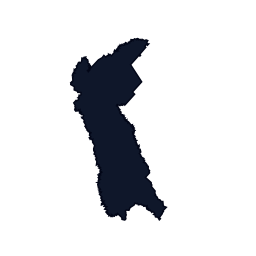 outline of Murray River, New South Wales, Australia, rotated 34°
{"feature_id": "25037944B78114295205688", "entity_name": "Murray River", "entity_type": "district", "adm_level": 2, "iso_a3": "AUS", "parent_name": "Australia", "parent_adm1": "New South Wales", "projection": "mercator", "projection_center": [144.402, -35.23], "detail": "fine", "context": "isolated", "style": "filled", "palette": "ink", "viewbox_px": 256, "rotation_deg": 34, "n_neighbors": 0, "source": "geoboundaries", "source_scale": "gbopen_adm2", "svg_char_len": 5879}
<svg xmlns="http://www.w3.org/2000/svg" viewBox="0 0 256 256"><g transform="rotate(34 128 128)"><path d="M53.1,93.0L52.0,94.1L52.3,95.1L50.7,95.8L52.1,98.2L52.3,99.9L52.0,101.0L50.7,100.8L50.4,101.8L50.9,104.2L50.5,105.5L51.3,105.7L52.0,107.1L51.5,108.3L51.8,109.6L50.7,109.5L51.2,110.4L51.8,110.1L51.4,111.1L51.9,110.6L51.9,111.8L52.9,112.1L52.0,112.5L52.5,113.0L51.9,113.6L52.5,114.2L52.2,115.0L52.7,115.9L53.7,115.7L53.8,117.0L55.9,119.6L55.3,122.2L56.0,122.1L55.7,123.1L56.3,124.0L60.4,123.7L62.1,126.5L65.6,125.8L66.5,126.5L69.1,124.9L70.4,126.5L70.2,127.6L69.1,128.1L69.9,129.9L69.6,130.9L70.6,130.7L71.1,132.3L70.2,134.3L69.5,134.2L69.0,137.5L71.7,138.8L72.1,140.0L73.0,140.4L73.4,142.1L74.3,141.7L74.2,142.9L75.4,143.2L76.2,141.9L77.0,141.9L76.9,140.6L78.1,140.9L78.2,140.3L78.9,141.8L79.6,141.2L79.7,142.3L80.3,141.8L80.1,142.6L82.4,142.7L82.9,142.0L84.3,142.5L84.6,144.0L83.9,144.7L84.4,144.7L84.2,145.4L86.2,145.4L88.4,146.8L88.0,147.6L91.2,149.0L91.5,150.7L92.4,150.5L92.8,151.3L95.2,152.0L95.1,152.6L97.2,152.5L97.1,153.2L99.9,152.6L100.1,153.5L99.3,153.9L100.2,155.6L101.9,155.9L102.1,156.8L101.4,157.7L102.9,158.5L103.1,157.6L104.8,157.8L105.1,157.2L105.7,158.5L107.0,159.2L106.9,159.7L110.1,161.0L111.1,164.3L112.1,165.7L113.0,166.3L113.8,165.9L114.5,168.6L116.3,168.5L117.0,169.9L118.4,170.0L119.0,170.7L118.6,171.8L121.0,173.2L122.5,176.3L123.2,175.0L124.6,174.7L125.0,175.3L124.6,176.3L127.0,176.2L126.3,177.5L128.6,177.5L128.8,179.2L129.5,179.2L129.1,179.5L129.7,180.2L130.8,179.9L130.0,181.6L130.8,181.6L130.8,181.9L130.2,181.8L129.8,182.5L131.3,182.4L130.4,183.6L131.1,183.6L131.5,184.0L130.5,184.1L131.3,184.5L131.1,185.5L131.8,185.3L131.7,186.1L132.4,186.5L133.1,186.1L133.4,186.1L132.7,187.0L133.3,187.2L132.8,188.1L133.9,189.3L133.1,190.3L134.4,190.0L133.8,190.9L134.3,190.5L134.5,191.7L136.1,193.3L137.1,193.7L137.6,193.1L137.4,193.7L138.0,193.8L137.6,194.2L138.5,194.2L138.6,194.9L138.8,194.6L139.2,194.6L138.7,195.4L139.2,195.3L139.6,196.4L140.2,195.4L140.1,196.5L141.3,196.1L140.9,196.9L141.7,196.7L141.3,198.8L144.2,199.6L144.5,200.6L144.9,200.0L145.5,201.6L146.7,201.9L146.4,203.0L148.2,203.3L148.9,202.3L149.0,203.7L148.3,205.3L149.0,206.6L149.8,205.4L149.1,204.9L149.7,205.1L149.6,204.2L150.2,203.8L151.0,204.6L151.7,204.3L151.9,206.4L154.4,205.1L154.1,208.3L156.7,207.4L157.2,207.8L156.7,210.0L157.8,210.3L157.6,209.8L158.4,209.4L159.3,210.8L160.7,210.2L161.2,211.5L162.8,209.9L162.6,210.6L163.5,210.9L163.9,210.0L163.3,209.4L164.1,209.6L163.6,208.9L164.4,209.4L166.0,208.8L166.0,207.1L166.7,206.9L166.4,206.2L167.1,206.2L167.1,205.5L167.5,206.0L167.7,204.9L172.9,205.6L174.1,207.1L176.6,206.2L177.1,205.3L176.7,204.0L175.6,203.3L175.1,201.0L173.9,200.5L173.9,199.7L172.3,198.3L172.4,197.0L174.8,195.7L174.2,192.9L176.1,188.4L175.8,186.3L177.4,186.1L178.1,185.2L179.5,185.9L181.8,183.7L182.7,184.1L184.9,183.0L185.0,183.9L186.7,182.5L187.6,183.4L187.7,182.5L188.4,183.8L188.6,183.3L190.1,183.5L189.7,184.6L191.8,184.5L192.4,183.8L194.9,184.6L195.1,183.6L196.7,183.4L197.8,183.9L197.6,185.3L198.7,184.8L200.5,186.3L202.6,185.3L205.3,186.6L205.6,185.1L204.1,184.8L204.3,180.0L203.9,179.9L204.0,177.4L203.2,177.3L204.1,172.3L200.9,173.0L198.0,169.5L196.8,170.4L194.6,169.7L192.9,170.4L190.5,168.9L188.2,168.8L188.4,168.1L186.6,167.0L185.7,165.1L180.2,163.5L179.6,161.9L178.9,161.9L177.7,160.3L170.1,159.2L170.9,153.1L169.9,152.5L169.8,151.4L167.7,150.8L166.2,148.5L164.4,148.6L164.4,148.0L162.8,147.4L160.5,147.7L160.8,147.2L160.1,147.4L159.8,145.6L158.7,145.9L158.3,144.4L154.7,144.7L154.7,144.0L154.0,144.1L153.6,143.3L151.7,142.8L152.0,140.7L150.8,140.5L150.9,139.7L149.9,138.9L148.4,139.5L147.9,138.8L147.3,139.1L147.1,138.3L147.9,138.4L147.4,136.8L146.7,137.3L146.6,136.8L146.3,137.5L145.2,136.8L144.3,137.2L143.9,135.9L142.5,135.7L142.8,135.3L141.8,134.4L142.1,133.5L140.6,133.9L140.0,132.7L139.3,133.1L139.4,132.5L139.1,133.1L138.6,132.0L138.0,132.5L137.8,131.6L138.2,131.7L137.3,131.3L137.8,130.9L136.0,130.6L135.9,129.8L135.1,130.2L134.7,129.6L135.3,129.2L134.1,128.8L135.4,127.8L134.6,126.8L135.0,126.2L133.3,126.0L133.4,125.4L132.5,125.7L132.7,124.6L132.1,124.8L131.7,124.0L131.3,124.5L131.8,124.9L131.0,125.0L131.1,123.7L130.4,124.2L130.0,123.4L129.6,124.0L129.5,123.2L128.9,123.9L125.4,122.8L125.1,123.7L124.4,122.7L123.4,123.1L122.9,122.3L122.2,123.0L122.1,122.3L121.6,123.2L120.5,122.5L120.9,121.7L120.1,122.3L120.0,121.4L119.4,122.0L118.3,121.4L119.1,120.7L118.1,121.1L118.1,120.2L116.8,120.7L116.8,120.2L116.1,120.9L115.8,120.2L114.6,120.9L113.8,119.6L113.6,120.3L112.8,120.0L112.6,118.6L110.9,118.4L110.9,117.9L110.4,118.4L110.7,117.5L109.8,117.6L109.9,117.1L109.2,117.1L108.4,116.1L106.3,116.1L106.7,115.1L105.9,115.1L105.9,114.5L108.8,113.9L108.9,113.1L110.4,112.4L109.4,111.6L110.4,110.8L111.9,111.1L111.8,110.3L112.6,110.3L114.6,96.3L111.6,95.7L113.5,82.1L94.7,74.1L96.4,61.5L97.6,61.7L97.7,60.7L96.5,60.5L97.6,51.2L96.4,51.0L96.3,49.5L96.5,48.4L97.8,48.6L98.1,46.8L97.0,47.4L95.7,46.5L95.5,44.5L93.7,44.9L93.2,46.2L90.2,46.6L90.5,47.4L90.0,47.9L88.9,47.6L87.4,48.9L87.0,48.3L85.9,48.5L85.3,49.3L86.0,49.5L85.8,50.0L83.6,50.4L83.3,51.6L82.1,52.5L82.5,52.7L81.8,52.8L82.2,53.7L81.4,53.6L81.9,54.3L81.2,55.1L81.7,56.5L80.4,56.7L80.7,58.4L79.6,59.2L78.8,58.4L78.2,58.6L78.4,59.8L77.6,60.6L78.6,61.2L77.6,62.3L76.3,62.0L76.2,63.5L75.3,63.5L75.9,64.3L74.9,64.5L75.3,65.4L74.5,65.8L75.0,66.7L75.8,66.7L74.3,67.8L75.0,67.7L74.7,68.6L75.7,68.5L75.4,69.2L76.2,69.5L75.3,69.7L75.7,70.3L75.1,70.2L75.1,70.7L74.6,70.4L74.5,71.3L73.5,71.1L73.8,72.0L73.0,72.0L74.5,72.4L73.9,77.4L71.9,77.1L71.7,78.0L70.6,77.8L71.3,79.0L70.4,79.7L69.9,81.7L67.4,81.3L67.3,84.1L65.4,88.0L63.3,101.0L63.9,101.1L63.6,103.6L62.3,103.2L62.8,101.4L61.7,99.3L62.9,98.7L62.2,97.5L60.8,97.1L60.4,97.8L60.2,96.6L58.0,96.4L57.7,95.2L56.3,94.0L55.3,94.6L54.5,94.4L54.6,93.1L53.9,94.6L53.2,94.7L53.1,93.0Z" fill="#0f172a" stroke="#020617" stroke-width="1.5"/></g></svg>